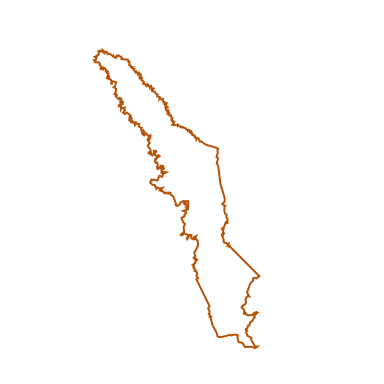 the district of El Retorno, Guaviare, Colombia, rotated 243°
{"feature_id": "7082276B7236070172680", "entity_name": "El Retorno", "entity_type": "district", "adm_level": 2, "iso_a3": "COL", "parent_name": "Colombia", "parent_adm1": "Guaviare", "projection": "albers", "projection_center": [-71.499, 2.05], "detail": "fine", "context": "isolated", "style": "outline", "palette": "amber", "viewbox_px": 384, "rotation_deg": 243, "n_neighbors": 0, "source": "geoboundaries", "source_scale": "gbopen_adm2", "svg_char_len": 6101}
<svg xmlns="http://www.w3.org/2000/svg" viewBox="0 0 384 384"><g transform="rotate(243 192 192)"><path d="M218.4,234.8L220.4,233.8L227.8,225.8L233.0,223.2L233.3,221.9L237.0,222.1L237.7,220.8L236.9,219.8L238.2,220.2L239.6,219.3L240.1,220.2L240.8,219.4L241.9,219.5L242.7,218.1L244.6,218.8L245.1,217.6L245.9,218.4L246.0,217.5L246.8,217.3L247.4,218.3L248.9,217.2L248.5,216.1L249.4,216.4L250.3,215.2L251.3,215.5L253.9,213.4L253.6,212.7L254.7,211.7L255.0,212.1L256.2,210.7L258.3,210.1L257.6,209.3L258.3,209.3L259.7,206.5L259.2,205.7L260.3,206.4L260.9,205.1L262.4,207.8L263.0,206.9L263.9,207.5L264.5,206.5L266.1,207.6L265.9,206.7L269.6,208.2L270.2,206.8L272.0,207.4L271.9,206.3L272.8,206.5L273.1,205.7L274.2,206.7L274.1,207.7L276.1,207.9L275.9,206.4L277.2,206.1L278.6,206.7L278.7,207.6L279.1,206.7L281.0,207.3L280.4,208.1L281.5,207.8L282.0,209.0L282.9,207.8L283.1,208.6L283.4,207.9L284.5,208.5L285.1,207.2L288.1,208.4L288.3,206.7L290.3,206.5L289.8,205.4L291.1,206.3L293.2,204.4L294.5,205.6L296.4,204.2L297.8,204.5L299.9,202.4L300.7,203.5L300.7,202.7L301.8,202.4L302.1,204.2L303.1,203.2L304.9,203.6L304.6,202.8L305.6,202.1L305.0,201.7L307.3,201.7L307.1,200.7L308.0,200.7L307.2,199.5L309.8,199.1L310.7,197.6L312.2,199.1L314.7,197.7L316.1,199.2L317.2,198.8L316.9,197.1L318.1,197.2L318.5,199.2L319.6,198.7L320.0,199.4L320.4,198.4L321.2,198.8L321.3,197.5L322.4,198.3L322.4,197.6L323.2,197.8L323.8,196.1L325.0,196.8L325.1,196.0L328.5,195.4L328.4,195.9L329.7,194.9L330.1,196.0L331.3,194.2L332.6,194.8L333.6,193.7L336.3,195.4L336.6,194.4L337.6,194.7L337.6,194.1L338.0,194.9L339.1,194.8L342.4,189.5L343.7,190.5L347.1,188.5L346.7,187.8L347.7,186.9L346.0,185.2L347.2,184.0L349.0,183.8L348.1,182.9L349.1,183.2L352.8,181.2L353.1,179.4L355.6,179.7L356.3,177.9L355.3,177.1L356.3,176.6L357.2,177.6L358.6,177.0L357.8,176.8L357.9,175.9L358.6,174.2L359.7,174.6L359.8,172.4L356.7,171.3L356.8,168.7L355.8,168.6L356.3,167.0L355.2,167.7L353.3,166.2L354.0,164.5L351.5,164.6L349.8,168.0L347.8,168.1L347.2,167.4L345.5,168.0L342.9,166.4L342.2,167.5L343.9,168.0L343.4,169.4L342.7,169.6L341.4,167.8L341.8,170.6L339.8,170.9L337.9,169.2L338.8,170.6L337.5,171.8L336.4,170.4L335.3,171.3L334.1,169.8L333.4,170.6L331.6,170.3L331.4,169.5L333.0,168.7L332.0,167.8L328.7,170.9L325.1,169.2L324.8,169.8L326.0,170.5L326.5,171.9L324.1,174.2L321.1,171.4L321.0,169.8L318.3,171.2L316.1,169.8L314.6,167.5L313.6,169.0L312.4,168.9L312.2,167.5L308.0,168.7L307.3,169.6L308.4,170.3L307.3,171.4L306.3,170.3L303.7,171.4L301.7,170.1L301.8,168.7L303.9,169.5L304.6,168.9L302.5,167.9L301.9,166.9L302.4,166.1L301.6,165.7L301.3,167.1L300.4,167.5L297.8,166.3L298.8,167.8L297.6,170.4L296.8,169.2L295.3,169.4L294.0,166.6L292.0,167.5L292.5,169.9L288.3,171.9L285.0,171.5L284.7,170.6L286.5,171.5L287.3,170.5L284.3,168.6L283.2,169.9L282.0,169.3L281.1,170.3L282.2,171.2L280.6,171.5L279.6,173.6L278.9,173.2L278.9,171.8L277.5,171.5L278.5,173.5L276.5,175.8L275.8,174.7L273.8,174.6L271.9,176.3L271.0,175.1L268.9,174.7L269.2,176.5L266.7,177.0L266.3,175.8L267.4,174.4L266.2,174.1L264.1,175.0L264.6,177.9L261.6,178.6L261.4,180.7L259.9,179.8L260.2,178.6L259.2,176.6L258.6,176.7L258.5,178.4L257.8,177.5L258.1,176.1L255.0,176.6L253.4,173.5L248.9,174.2L245.7,173.3L247.0,171.8L246.3,170.9L242.5,173.5L243.7,175.4L246.1,176.8L244.9,178.6L244.1,178.5L244.1,177.5L242.2,175.7L240.0,176.6L240.3,178.6L238.6,179.4L238.1,173.3L237.6,175.0L236.4,172.9L234.6,172.8L234.3,174.1L232.1,174.1L229.9,171.9L228.6,171.6L228.0,172.3L228.8,172.6L228.8,173.7L228.1,174.2L229.6,175.8L228.5,177.9L225.6,177.7L225.6,176.2L226.9,177.4L228.0,176.2L222.8,173.5L222.0,173.9L223.3,175.0L221.3,177.9L221.4,174.7L219.0,172.3L221.3,170.3L217.9,166.2L220.7,163.2L220.4,161.6L221.4,161.2L219.4,159.0L216.3,160.1L215.2,162.0L212.6,161.7L212.1,162.8L211.1,162.1L211.4,163.1L209.9,164.7L209.1,167.5L208.1,164.6L207.7,165.8L206.8,165.0L205.6,166.5L203.0,167.1L203.3,168.8L201.3,169.9L201.9,171.7L200.5,172.5L199.3,171.6L196.6,173.3L188.5,172.3L187.8,171.5L186.2,172.5L186.6,176.0L187.9,176.9L187.9,180.3L186.8,181.6L185.6,179.6L184.2,180.1L184.2,181.1L186.6,182.3L185.6,184.4L182.6,183.2L182.3,181.8L181.3,182.1L181.3,180.6L180.4,181.7L178.5,180.5L178.7,179.8L180.0,179.7L178.6,179.0L179.1,175.7L177.1,177.5L175.8,177.0L175.1,174.9L173.8,174.5L173.7,170.9L169.3,170.4L166.6,171.3L164.5,168.5L160.2,167.0L159.0,162.6L157.8,163.4L158.8,166.2L155.7,168.8L154.4,168.3L153.0,166.2L152.1,166.3L154.8,170.5L153.9,171.9L151.1,170.4L149.2,171.8L150.9,173.3L150.9,175.6L148.8,172.9L148.4,174.1L146.1,174.9L142.1,173.5L138.5,169.3L137.7,167.2L136.2,166.2L133.5,166.0L132.6,163.6L129.4,164.3L130.7,165.3L129.3,165.9L128.2,163.1L127.1,162.4L126.8,159.8L126.1,160.4L125.0,159.6L124.5,160.1L123.9,158.9L120.3,159.8L120.2,159.0L119.6,159.7L117.2,159.6L115.0,157.7L112.5,158.3L112.1,156.3L82.5,155.8L81.0,153.6L77.0,153.4L75.6,151.5L74.3,152.1L72.6,151.0L72.1,152.4L71.3,151.6L64.7,149.9L54.5,150.0L52.1,149.2L50.6,150.0L48.9,154.0L47.6,160.8L46.1,162.2L46.1,164.4L43.9,167.8L41.4,166.3L37.0,165.4L34.8,168.4L29.8,168.9L27.0,175.0L24.2,177.4L24.6,180.0L25.6,178.1L33.2,177.6L35.1,178.7L38.8,176.1L42.5,176.6L43.5,178.1L44.3,177.3L45.3,177.5L45.6,179.5L47.6,181.2L47.1,182.5L49.5,184.6L49.7,187.4L52.1,190.3L51.8,190.9L53.9,191.8L54.6,195.6L55.9,194.9L55.9,191.4L54.9,190.3L56.5,186.2L58.0,184.9L59.8,184.7L59.3,184.0L60.0,183.0L63.1,185.0L66.8,183.8L67.8,185.9L67.8,188.2L69.2,190.1L71.8,190.8L73.4,192.4L74.0,194.9L73.2,195.6L77.4,195.4L84.2,202.5L85.3,206.3L87.3,207.1L87.4,208.5L85.8,210.0L86.4,213.8L125.8,201.1L126.0,200.2L126.2,201.3L126.5,200.4L127.1,200.9L127.6,199.9L127.7,200.9L128.8,200.1L129.5,201.0L129.6,199.9L131.0,199.4L132.1,197.8L133.9,197.7L135.0,198.5L140.5,199.2L140.8,199.9L139.6,200.3L140.5,201.6L141.0,200.8L143.6,202.4L145.1,201.8L144.9,203.2L146.0,203.3L145.6,203.9L148.7,207.4L148.5,208.3L149.2,208.2L148.7,209.6L150.0,209.5L150.0,210.4L151.5,211.3L153.8,211.2L156.0,212.6L157.4,211.7L160.1,212.1L164.0,214.1L164.5,215.4L167.6,213.5L168.6,216.8L172.2,218.5L186.4,221.0L203.8,227.4L206.2,226.9L210.2,230.6L212.2,229.7L214.7,232.4L217.5,233.6L218.4,234.8Z" fill="none" stroke="#b45309" stroke-width="2"/></g></svg>